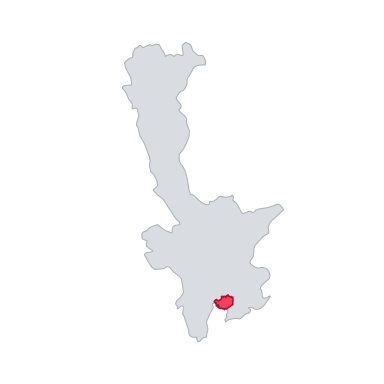 location of Namtha, Louang Namtha, Laos, rotated 204°
{"feature_id": "54806243B37756606625280", "entity_name": "Namtha", "entity_type": "district", "adm_level": 2, "iso_a3": "LAO", "parent_name": "Laos", "parent_adm1": "Louang Namtha", "projection": "orthographic", "projection_center": [101.504, 21.01], "detail": "fine", "context": "in_parent", "style": "filled", "palette": "rose", "viewbox_px": 384, "rotation_deg": 204, "n_neighbors": 0, "source": "geoboundaries", "source_scale": "gbopen_adm2", "svg_char_len": 6642}
<svg xmlns="http://www.w3.org/2000/svg" viewBox="0 0 384 384"><g transform="rotate(204 192 192)"><path d="M137.3,61.5L138.9,64.5L146.5,72.6L147.9,74.7L150.7,76.4L153.1,83.6L154.0,84.0L155.3,83.5L156.2,82.5L157.0,79.7L157.5,79.4L158.4,81.7L160.5,82.4L161.5,83.4L161.8,85.1L161.5,86.9L159.7,91.0L158.7,96.5L166.3,108.3L169.4,109.8L176.9,111.7L182.0,114.2L184.4,113.6L186.6,110.6L189.2,108.9L194.2,106.3L195.7,106.2L198.4,107.1L203.0,110.0L210.0,115.4L209.8,116.8L208.6,118.3L205.0,120.5L203.8,122.0L204.5,122.5L207.6,122.8L211.3,123.9L212.4,125.4L213.1,128.6L213.7,129.2L217.1,128.8L218.1,129.2L219.4,130.3L220.6,133.0L220.6,135.0L217.4,138.7L217.0,140.8L215.3,143.4L210.8,147.8L209.5,148.1L201.0,145.9L194.2,146.3L193.7,147.2L194.9,149.8L195.2,152.4L194.2,154.4L190.3,157.0L190.2,158.1L191.0,159.2L196.7,161.4L215.1,173.5L223.4,175.7L227.1,177.2L228.0,178.0L228.0,179.1L227.1,180.5L226.3,182.9L226.3,184.4L227.2,185.8L228.7,187.9L233.9,192.4L237.7,193.5L241.7,198.7L242.9,203.4L244.9,206.4L254.6,216.3L262.7,222.4L267.6,229.0L269.9,230.4L270.7,232.8L271.5,239.9L274.3,243.4L274.9,244.8L276.1,245.8L277.4,246.0L280.2,243.6L280.8,243.9L282.1,247.6L283.3,248.9L287.6,251.1L292.1,255.4L294.6,257.0L297.6,258.2L298.1,259.6L297.6,261.0L296.7,262.0L291.5,264.8L290.9,266.0L294.5,271.6L303.3,278.5L306.1,282.6L305.6,284.7L303.3,289.0L301.5,290.2L301.1,291.5L302.5,294.8L302.5,300.1L300.9,301.4L299.5,304.6L298.4,304.9L295.7,303.9L290.3,309.6L287.9,309.4L285.1,312.5L281.5,313.1L279.0,310.9L273.6,307.4L271.6,305.1L270.0,307.1L267.3,309.1L263.3,308.6L262.3,311.4L261.5,311.9L256.8,312.5L255.9,313.0L256.7,315.5L259.6,319.6L260.5,322.1L258.8,326.1L253.8,326.2L251.6,324.6L248.7,321.3L242.3,319.2L238.1,320.8L236.8,320.8L233.6,318.0L232.4,316.2L231.6,313.5L236.4,311.2L238.8,309.4L240.4,307.5L241.0,305.6L241.7,297.6L242.3,294.8L241.9,291.4L240.5,288.7L240.4,284.7L241.1,281.4L242.9,279.7L244.1,277.3L244.8,272.0L244.2,270.6L242.3,269.4L239.3,268.2L237.3,266.7L236.5,264.9L236.6,263.2L237.5,261.8L235.1,260.2L229.6,258.6L226.5,256.6L225.8,254.1L223.5,251.0L219.4,247.1L217.3,241.4L216.9,234.0L217.3,227.9L218.9,220.8L216.5,215.8L213.9,213.2L210.4,211.3L207.0,208.5L203.8,204.9L199.9,199.5L195.4,192.4L192.4,189.2L190.9,189.9L187.7,189.3L182.8,187.3L178.5,186.2L174.9,186.1L172.5,186.6L171.4,187.7L171.4,188.8L172.3,189.9L171.8,190.7L169.9,191.3L168.4,192.6L166.7,195.2L165.5,198.7L163.7,200.0L161.0,200.3L158.2,201.4L155.5,203.1L154.3,204.3L154.4,205.2L153.8,205.4L152.5,204.9L151.9,203.8L151.9,202.0L150.6,200.8L147.7,200.2L144.5,198.3L138.4,193.3L137.0,193.1L135.0,194.4L132.4,197.2L130.2,198.3L128.5,197.8L127.2,198.7L126.3,201.3L124.6,203.3L116.3,208.7L108.9,215.6L107.0,216.2L102.6,214.2L101.1,212.9L107.3,198.7L108.3,195.3L108.1,190.7L105.5,186.9L105.4,185.8L105.8,184.7L108.9,180.3L112.6,169.0L112.4,165.4L110.8,161.6L109.9,157.9L110.6,152.9L110.4,150.9L108.7,149.9L103.1,148.9L99.8,149.7L98.3,151.1L96.4,151.9L92.9,152.4L89.6,150.7L86.8,147.8L86.2,144.3L89.7,136.7L90.6,133.8L90.5,132.4L89.9,131.0L89.0,130.8L87.3,129.0L85.6,125.8L83.9,124.3L82.4,124.6L81.0,125.8L78.6,128.7L77.9,128.3L80.0,117.9L82.0,113.5L84.3,111.4L86.7,110.6L89.2,110.9L91.3,110.5L93.1,109.4L92.9,108.8L90.9,108.7L90.1,107.5L90.5,105.2L91.4,103.8L92.8,103.1L94.2,100.9L95.5,97.1L97.1,95.2L98.9,95.1L102.1,93.5L106.6,90.3L108.3,87.1L110.0,88.6L109.4,92.2L110.3,93.0L110.7,94.3L110.5,96.3L110.8,98.0L111.5,98.8L112.5,99.3L117.3,97.8L120.2,97.7L125.0,100.3L127.8,98.4L127.8,97.6L125.5,95.1L126.2,85.9L125.9,79.0L122.0,73.8L121.2,71.7L120.8,68.4L119.7,65.5L122.5,63.2L124.0,58.9L125.9,57.8L126.5,58.0L128.9,61.2L132.0,59.6L134.3,59.6L136.2,60.4L137.3,61.5Z" fill="#d9dde1" stroke="#a8b0b8" stroke-width="1"/><path d="M117.3,112.5L117.4,112.4L117.5,112.4L117.7,112.2L118.0,111.6L118.1,111.4L118.0,111.2L118.0,110.9L118.0,110.7L118.3,110.6L118.5,110.5L118.5,110.4L118.5,110.2L118.8,110.1L118.6,110.1L118.8,110.0L118.8,109.9L118.9,110.0L118.8,109.9L119.1,109.9L119.3,110.0L119.5,110.0L119.8,110.0L119.9,109.9L120.0,109.8L120.3,109.8L120.3,109.6L120.4,109.4L120.4,109.2L120.5,109.0L120.9,109.0L121.5,109.0L121.8,109.0L122.2,108.9L122.4,108.8L122.5,108.7L122.6,108.4L122.4,108.2L122.2,108.1L122.1,107.9L121.9,107.8L121.7,107.6L121.6,107.4L121.7,107.2L121.8,107.0L121.8,106.8L121.8,106.6L121.8,106.0L121.9,105.8L121.9,105.6L121.9,105.4L121.9,105.1L122.0,105.0L122.5,104.9L122.9,104.2L123.0,103.8L123.1,103.6L123.5,103.4L123.7,103.2L123.9,103.3L124.0,103.4L124.1,103.5L124.3,103.5L124.5,103.6L124.8,103.6L125.0,103.5L125.1,103.4L125.2,103.5L125.3,103.6L125.9,103.7L126.1,103.4L126.3,103.3L126.4,103.2L126.5,103.1L126.6,102.9L126.8,102.4L126.9,102.2L126.9,101.9L127.0,101.6L126.9,101.4L127.0,101.3L127.1,101.2L127.1,100.9L126.8,100.7L126.7,100.5L126.4,100.5L126.2,100.5L125.9,100.5L125.6,100.5L125.3,100.6L125.2,100.4L124.9,100.4L124.7,100.4L124.7,100.2L124.8,100.0L124.9,99.9L124.8,99.7L124.7,99.6L124.4,99.4L124.3,99.2L124.2,99.2L124.3,99.2L124.2,99.1L124.1,98.9L124.0,98.7L123.9,98.7L123.7,98.7L123.6,98.8L123.4,98.8L123.2,98.9L122.9,98.8L122.7,98.9L122.6,99.0L122.4,99.2L122.4,99.3L122.2,99.4L122.2,99.5L122.0,99.4L121.9,99.4L121.9,99.5L121.7,99.4L121.5,99.2L121.4,99.0L121.5,99.0L121.6,98.9L121.7,98.7L121.8,98.6L122.0,98.4L121.9,98.2L122.0,98.1L122.3,97.9L122.2,97.9L122.2,97.7L121.9,97.6L121.7,97.6L121.4,97.5L121.2,97.5L121.1,97.4L120.9,97.4L120.7,97.3L120.6,97.2L120.4,97.1L120.2,97.1L119.9,97.0L119.7,97.2L119.3,97.1L119.2,97.2L118.9,97.3L118.9,97.2L118.7,97.2L118.4,97.2L118.3,97.3L118.2,97.4L118.1,97.5L117.8,97.6L117.7,97.7L117.7,97.9L117.4,97.8L117.2,97.8L116.9,97.7L116.8,97.8L116.6,97.8L116.4,97.8L116.2,97.9L115.9,97.8L115.7,97.9L115.4,98.0L115.2,98.1L114.9,98.1L114.9,98.3L114.8,98.5L114.7,98.5L114.6,98.4L114.6,98.5L114.4,98.6L114.3,98.8L114.2,98.7L114.1,98.8L113.9,99.0L113.6,98.9L113.4,99.0L113.2,99.0L113.1,99.3L112.9,99.4L112.7,99.5L112.7,99.8L112.4,100.2L112.2,100.4L112.0,100.9L111.8,101.1L111.6,101.5L111.4,101.8L111.2,102.0L111.0,102.4L110.8,102.7L110.5,103.1L110.4,103.5L110.3,103.8L110.1,104.2L110.0,104.4L109.8,104.5L109.6,104.7L109.4,104.9L109.2,105.3L108.9,105.8L109.0,106.0L109.3,106.4L109.4,106.6L109.6,107.1L109.9,107.9L110.1,108.2L110.2,108.7L110.3,109.0L110.5,109.6L110.7,110.0L110.8,110.4L111.0,110.8L111.3,111.2L111.4,111.5L111.6,111.9L112.0,112.5L112.1,112.4L112.2,112.2L112.3,112.2L112.8,112.0L113.0,112.1L113.3,112.0L113.5,112.2L113.6,111.9L113.8,111.8L113.9,111.7L114.0,111.7L114.3,111.8L114.5,111.9L114.8,111.8L115.0,112.0L115.2,111.9L115.4,111.9L115.5,111.9L115.8,111.7L116.0,111.8L116.3,111.8L116.4,112.0L116.5,112.0L116.4,112.1L116.5,112.2L116.8,112.1L117.0,112.1L117.3,112.5Z" fill="#f43f5e" stroke="#9f1239" stroke-width="1.5"/></g></svg>